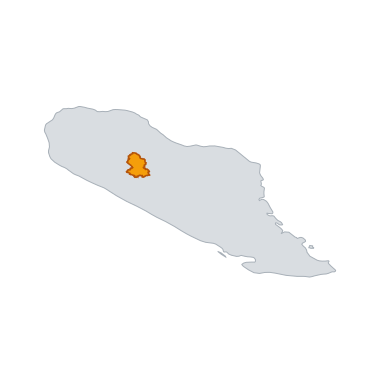 Ikalamavony, Haute Matsiatra, Madagascar shown in context, rotated 104°
{"feature_id": "10022922B85703559853082", "entity_name": "Ikalamavony", "entity_type": "district", "adm_level": 2, "iso_a3": "MDG", "parent_name": "Madagascar", "parent_adm1": "Haute Matsiatra", "projection": "equal_earth", "projection_center": [45.831, -21.226], "detail": "fine", "context": "in_parent", "style": "filled", "palette": "amber", "viewbox_px": 384, "rotation_deg": 104, "n_neighbors": 0, "source": "geoboundaries", "source_scale": "gbopen_adm2", "svg_char_len": 7872}
<svg xmlns="http://www.w3.org/2000/svg" viewBox="0 0 384 384"><g transform="rotate(104 192 192)"><path d="M239.1,42.1L239.9,44.6L240.8,47.0L243.7,52.8L245.0,55.0L246.1,57.4L246.6,62.1L248.4,69.4L250.1,80.5L250.6,91.7L251.1,96.9L252.4,101.8L254.7,106.8L255.3,112.4L253.9,118.2L251.9,123.7L251.4,124.7L250.4,126.1L250.0,126.0L248.4,124.6L247.1,122.3L245.5,116.9L244.9,114.2L244.2,113.7L242.3,114.0L240.9,115.7L240.6,116.7L240.9,119.8L241.4,122.5L241.6,125.3L241.6,128.8L242.2,129.9L242.9,130.8L243.7,133.1L243.8,138.5L243.3,141.3L241.9,143.7L242.0,145.0L242.5,146.3L242.0,147.1L240.2,148.1L239.4,149.1L238.4,151.5L236.8,156.4L236.6,158.9L237.5,166.5L237.2,171.9L235.1,182.2L233.9,187.1L232.2,192.9L229.7,200.6L227.1,210.3L225.0,220.2L223.4,226.1L221.6,232.0L219.1,242.3L217.0,252.8L213.9,264.3L209.6,277.1L209.2,278.7L208.3,285.3L207.3,290.9L206.2,296.5L203.8,305.8L203.5,308.6L203.0,311.3L200.7,317.1L199.7,319.3L199.1,321.6L198.7,324.5L198.0,327.2L196.3,332.4L193.9,336.8L192.2,338.4L188.6,340.7L186.8,341.2L182.8,341.2L178.8,342.5L174.8,345.1L170.9,348.0L169.4,349.4L167.7,350.2L162.5,350.3L161.0,349.7L155.8,344.9L153.8,344.1L150.0,343.5L148.8,343.1L147.8,342.4L146.2,339.9L143.2,337.8L142.4,337.2L142.0,335.7L141.6,334.1L140.8,332.4L140.2,329.0L139.2,326.6L136.4,322.5L136.1,321.2L135.8,316.7L135.9,313.8L135.6,308.3L135.9,305.7L136.9,303.4L136.4,300.9L135.4,298.2L135.0,295.5L134.2,293.0L131.2,288.5L130.5,286.3L130.0,284.0L128.8,276.8L128.7,274.3L128.8,269.1L129.2,266.4L129.9,264.5L130.1,263.1L130.5,261.8L131.2,260.9L131.7,259.7L132.8,252.9L134.2,251.4L136.3,250.6L137.9,248.8L138.9,246.4L139.8,241.5L142.5,236.6L143.4,234.0L145.5,230.1L147.4,224.7L147.9,222.1L148.3,219.4L148.8,213.6L149.2,210.7L149.1,207.9L148.0,204.9L145.4,199.6L145.3,198.6L145.5,194.6L145.3,191.7L144.3,188.8L143.1,186.1L141.8,181.1L141.2,172.7L141.3,169.7L141.0,167.0L140.1,164.4L140.7,159.9L148.4,143.6L148.7,141.7L148.3,136.8L148.5,133.9L148.8,132.8L149.4,132.2L150.7,131.9L157.0,131.1L157.8,130.6L159.4,129.3L161.5,126.6L162.5,125.8L163.4,126.1L163.9,127.3L164.6,127.9L167.2,126.7L168.1,126.6L169.1,126.8L169.6,125.7L169.9,124.2L170.2,123.2L170.9,122.6L174.2,122.3L176.3,121.8L179.0,120.8L179.6,121.0L181.7,124.8L182.4,125.1L183.3,125.2L184.0,124.5L182.2,122.6L182.0,121.5L182.1,120.2L183.0,117.5L184.6,115.5L188.1,112.4L191.8,108.7L192.9,108.5L193.8,109.1L194.4,113.3L194.3,114.0L194.9,114.1L195.6,113.6L196.2,111.9L196.3,110.4L195.8,109.1L195.5,107.9L195.5,106.8L197.4,104.3L198.8,101.9L199.5,99.0L200.1,97.7L201.7,96.2L202.1,96.5L202.5,97.7L202.7,99.0L202.3,100.2L201.7,101.5L201.5,103.2L202.3,103.5L203.2,103.1L204.4,100.1L205.7,97.2L206.6,95.7L207.6,94.6L209.3,94.9L210.9,95.5L208.3,92.5L207.6,88.3L210.8,81.1L210.9,79.6L211.3,79.1L211.6,78.6L209.9,76.1L209.6,74.9L209.8,73.1L210.6,71.5L211.3,70.3L212.4,69.9L213.2,70.5L215.0,72.5L216.2,72.8L217.6,70.9L218.8,68.5L220.6,66.8L222.7,65.8L225.8,62.0L227.9,54.1L228.0,51.8L227.6,49.0L226.9,46.3L225.7,43.0L226.0,42.3L227.7,42.7L228.3,42.3L230.2,39.3L233.2,33.7L234.2,33.7L235.1,34.7L235.4,36.3L236.0,37.4L238.0,40.1L239.1,42.1ZM217.7,64.3L217.8,65.2L215.4,64.8L215.1,61.9L216.2,61.8L216.5,60.5L217.2,60.4L217.9,63.0L217.7,64.3ZM245.4,148.4L243.4,152.7L244.0,149.1L246.3,143.9L247.0,143.5L245.4,148.4Z" fill="#d9dde1" stroke="#a8b0b8" stroke-width="1"/><path d="M188.6,260.2L188.7,259.9L188.6,259.3L188.7,258.7L188.5,258.1L188.9,257.4L188.9,256.7L189.1,256.5L189.3,256.7L189.5,256.7L189.6,256.9L189.8,256.9L189.8,256.6L189.9,256.1L190.0,255.6L189.8,255.4L189.8,255.0L189.8,254.7L189.8,254.3L189.9,254.2L190.0,253.8L190.0,253.3L189.9,252.9L190.0,252.7L189.9,252.4L190.0,251.7L190.3,251.8L190.5,251.8L190.9,251.8L191.0,251.9L191.3,251.3L191.4,251.2L191.5,251.2L191.6,250.9L191.5,250.7L191.2,250.6L191.2,250.2L191.0,250.3L190.9,250.2L191.0,249.7L190.9,249.5L190.9,249.1L190.7,248.9L190.6,248.6L190.4,248.5L190.2,248.6L190.1,248.3L190.2,248.2L189.9,248.2L189.8,248.5L189.7,248.6L189.6,248.3L189.4,247.9L189.4,247.6L189.2,247.6L188.9,247.5L188.7,247.4L188.6,247.2L188.5,246.9L188.4,246.8L188.4,246.7L188.5,246.5L188.4,246.4L188.5,246.0L188.5,245.8L188.4,245.8L188.5,245.4L188.3,245.1L188.2,244.7L188.0,244.4L188.0,244.2L188.4,243.9L188.6,243.9L188.7,244.1L189.0,244.2L189.3,244.1L189.5,244.0L189.5,243.8L189.4,243.0L189.4,242.8L189.2,242.5L189.1,242.4L188.9,242.4L188.8,242.1L188.7,242.1L188.6,241.9L188.5,241.6L188.3,241.5L188.0,241.5L187.9,241.2L187.6,241.1L187.5,240.8L187.3,240.7L187.1,240.5L187.0,240.2L186.9,240.1L186.9,239.8L186.8,239.1L186.5,239.0L186.3,238.7L186.2,238.7L186.1,238.2L186.2,237.9L186.1,237.7L186.0,237.4L185.8,237.6L185.6,237.8L185.6,237.7L185.6,237.4L185.4,237.4L185.3,237.5L185.2,237.6L185.2,237.8L185.1,238.2L184.9,238.4L184.6,238.7L184.3,238.8L184.2,239.0L183.8,239.1L183.7,239.3L183.5,239.5L183.4,239.4L183.2,239.1L182.9,239.1L182.7,238.3L182.4,238.3L182.3,238.5L182.2,238.6L182.2,238.8L182.1,239.0L182.0,238.9L181.9,238.9L181.9,239.0L181.8,239.3L181.6,239.5L181.4,239.6L181.3,239.8L181.2,239.8L181.2,240.0L181.2,240.3L181.2,240.5L180.8,240.8L180.7,240.9L180.9,241.2L180.8,241.5L180.8,241.8L180.8,242.0L181.0,242.2L180.9,242.3L181.1,242.4L181.0,242.5L181.2,242.8L180.9,243.0L180.7,243.1L180.4,243.0L180.1,243.4L180.1,243.5L180.3,243.6L180.4,243.4L180.5,243.3L180.6,243.5L180.6,244.0L180.6,244.3L180.3,244.5L180.2,244.7L180.2,244.9L180.1,245.1L179.9,245.1L179.9,244.9L179.7,244.9L179.4,244.6L179.1,244.6L178.9,244.5L178.7,244.5L178.6,244.3L178.4,244.1L178.2,244.2L177.9,244.2L177.7,244.2L177.5,244.3L177.5,244.5L177.3,244.4L177.2,244.6L176.7,244.2L176.4,244.0L176.3,243.8L176.3,243.6L176.2,243.6L175.9,243.5L175.6,243.9L175.4,243.9L175.3,243.7L175.2,243.7L175.1,243.9L175.0,244.0L175.0,243.9L174.9,243.9L174.7,243.8L174.6,244.2L174.6,244.5L174.3,244.7L174.1,244.8L173.8,244.9L173.7,245.0L173.4,245.1L173.2,245.3L172.9,245.4L172.8,245.2L172.6,245.2L172.3,245.2L172.2,245.5L171.9,245.9L171.9,246.3L171.6,246.4L171.5,246.5L171.6,246.8L171.6,247.0L171.7,247.4L171.9,247.7L171.9,248.2L171.7,248.5L171.8,248.7L171.8,249.0L171.9,249.4L171.9,249.6L171.8,249.8L171.8,250.0L171.7,250.4L171.1,250.6L171.0,250.8L170.8,250.8L170.7,250.8L170.6,251.0L170.2,250.9L170.1,251.0L170.3,251.3L170.1,251.4L169.9,251.2L169.6,251.5L169.5,252.0L169.3,252.0L169.2,252.1L168.9,252.5L168.9,252.8L168.9,253.0L168.7,253.3L168.8,253.7L168.6,253.9L168.7,254.1L168.6,254.4L168.6,254.7L168.3,254.9L168.2,255.1L167.9,255.4L167.9,255.6L168.1,255.9L168.2,256.2L168.1,256.4L168.2,256.5L167.9,256.4L167.9,256.9L168.1,258.1L168.2,258.6L168.3,258.8L168.3,259.1L168.5,259.1L168.8,259.0L168.9,259.4L169.0,259.4L169.3,259.3L169.4,259.2L169.5,259.4L169.7,259.7L169.8,259.9L169.9,260.1L170.0,260.4L170.2,260.5L170.5,260.5L170.7,260.4L171.0,260.7L171.0,260.8L171.1,260.7L171.4,260.9L171.6,261.0L171.9,261.6L172.0,261.8L172.4,262.0L172.5,262.3L173.0,262.1L173.2,262.3L173.7,262.1L173.8,262.0L173.8,261.8L174.1,261.8L174.3,261.7L174.5,261.2L174.9,261.3L175.1,261.1L175.0,260.7L175.5,260.8L175.6,261.3L175.5,261.7L175.5,261.8L175.8,261.7L176.0,261.7L176.4,261.6L176.5,261.6L176.6,261.9L176.9,261.9L177.1,261.7L177.4,261.8L177.6,261.7L177.8,262.0L178.1,262.3L178.4,262.4L178.6,262.3L178.8,262.4L179.1,262.0L179.2,261.7L179.1,261.4L179.2,261.2L179.3,261.2L179.6,261.1L179.6,260.8L179.8,260.7L179.9,260.4L179.9,260.2L180.0,260.2L180.1,259.9L180.2,259.6L180.3,259.3L180.5,259.0L180.6,258.7L180.6,258.2L180.8,257.9L181.0,257.9L181.4,257.1L181.9,256.5L182.0,256.2L182.3,256.1L182.2,256.0L182.4,255.9L182.6,255.6L182.7,255.4L182.9,255.5L183.0,255.7L183.4,256.0L183.6,256.7L183.5,257.0L183.7,257.3L184.1,257.7L184.3,257.7L184.5,257.7L184.5,257.4L184.7,257.2L184.8,257.3L185.0,257.4L185.4,257.4L185.6,257.6L185.7,258.1L185.7,258.9L185.9,259.0L185.9,259.3L186.0,259.4L186.1,259.5L186.4,259.7L186.7,259.6L187.1,259.5L187.3,259.5L187.4,259.9L187.4,260.1L187.5,260.2L187.8,260.1L188.0,260.3L188.2,260.5L188.6,260.2Z" fill="#f59e0b" stroke="#b45309" stroke-width="1.5"/></g></svg>